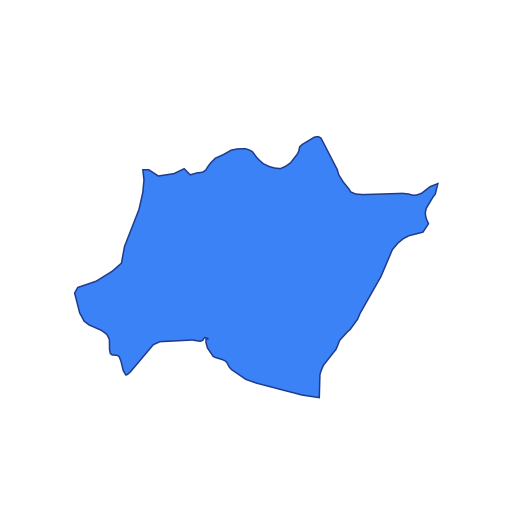 the Province of Coclé, rotated 42°
{"feature_id": "PAN-1336", "entity_name": "Coclé", "entity_type": "Province", "adm_level": 1, "iso_a3": "PAN", "parent_name": "Panama", "parent_adm1": "", "projection": "orthographic", "projection_center": [-80.432, 8.569], "detail": "fine", "context": "isolated", "style": "filled", "palette": "blue", "viewbox_px": 512, "rotation_deg": 42, "n_neighbors": 0, "source": "natural_earth", "source_scale": "10m", "svg_char_len": 1593}
<svg xmlns="http://www.w3.org/2000/svg" viewBox="0 0 512 512"><g transform="rotate(42 256 256)"><path d="M397.8,318.9L383.3,328.5L366.9,337.0L341.6,350.1L331.0,354.5L313.6,356.8L310.4,356.4L305.7,354.7L303.7,354.5L300.5,355.4L294.2,358.4L291.3,359.3L281.4,356.8L276.6,353.7L274.4,351.1L276.2,349.3L272.6,350.7L272.4,352.3L272.9,354.3L271.5,356.8L264.8,361.1L241.9,384.0L239.0,390.7L240.2,425.9L239.7,430.2L238.9,431.5L234.2,430.1L225.8,424.4L221.5,422.3L219.4,422.7L215.2,425.8L213.1,426.0L209.8,423.6L203.0,416.2L197.9,414.1L191.2,414.6L177.9,419.0L171.9,419.4L163.1,416.3L146.0,404.9L144.6,398.6L154.1,381.6L159.4,363.2L160.8,351.4L151.9,336.9L137.9,299.7L129.4,284.6L122.0,274.6L114.2,267.6L118.5,263.7L129.9,261.9L139.9,249.7L144.2,239.2L152.8,239.7L156.5,233.8L160.3,229.4L161.2,225.7L160.4,221.5L160.0,217.1L160.4,210.4L163.9,202.5L166.7,194.0L170.5,188.9L176.1,183.5L180.3,181.6L183.8,180.9L190.5,182.3L194.5,182.6L199.9,182.5L205.9,180.7L211.1,178.1L215.7,174.7L218.1,169.2L219.3,163.6L218.5,152.1L217.4,148.9L216.1,147.0L215.4,145.4L215.8,141.8L219.9,128.5L222.4,125.6L225.4,124.9L258.5,137.4L263.2,140.3L271.1,142.6L280.2,144.0L283.5,145.0L288.5,143.3L294.4,138.8L323.0,111.4L328.0,107.8L331.9,105.9L334.6,103.2L337.1,98.5L339.0,87.9L342.7,80.5L347.8,90.0L348.1,94.0L350.6,106.6L352.8,110.5L355.3,112.8L358.1,114.6L362.6,116.6L364.1,126.5L356.0,138.7L353.8,144.8L352.8,151.4L353.1,160.1L362.6,187.7L371.7,229.0L373.8,235.0L375.1,247.7L374.7,251.0L374.6,262.6L377.9,271.7L379.2,292.1L381.2,297.9L382.9,301.4L397.8,318.9Z" fill="#3b82f6" stroke="#1e3a8a" stroke-width="1.5"/></g></svg>